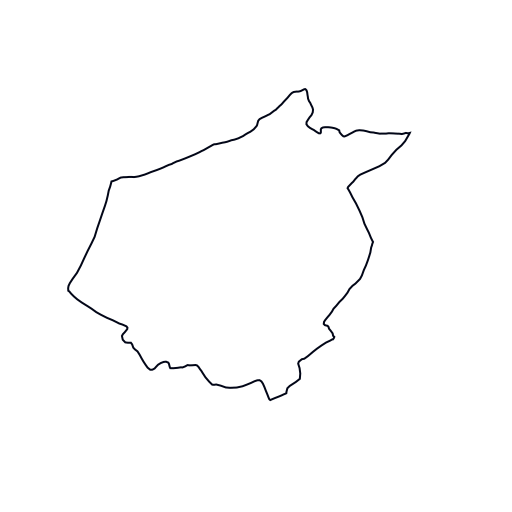 outline of Me Sang, Prey Vêng, Cambodia, rotated 249°
{"feature_id": "14789045B72609055314510", "entity_name": "Me Sang", "entity_type": "district", "adm_level": 2, "iso_a3": "KHM", "parent_name": "Cambodia", "parent_adm1": "Prey Vêng", "projection": "orthographic", "projection_center": [105.584, 11.344], "detail": "fine", "context": "isolated", "style": "outline", "palette": "ink", "viewbox_px": 512, "rotation_deg": 249, "n_neighbors": 0, "source": "geoboundaries", "source_scale": "gbopen_adm2", "svg_char_len": 4658}
<svg xmlns="http://www.w3.org/2000/svg" viewBox="0 0 512 512"><g transform="rotate(249 256 256)"><path d="M227.2,370.3L228.5,370.1L232.0,369.8L237.2,369.7L241.2,369.3L247.3,368.8L254.0,369.2L261.0,368.9L269.2,368.2L276.2,367.1L281.6,366.6L285.0,366.1L286.5,365.8L287.5,366.8L288.6,369.1L289.8,371.6L290.5,373.4L292.2,376.2L292.8,377.5L293.9,379.6L294.6,382.5L294.9,387.8L295.1,392.3L295.3,396.8L295.6,403.3L296.7,409.9L298.6,413.9L301.7,418.9L304.9,425.2L307.1,431.4L309.8,436.4L313.1,440.5L314.3,442.0L315.1,443.0L315.8,443.7L316.0,442.0L317.2,440.0L317.3,438.1L317.6,435.8L318.6,434.1L320.0,430.8L321.3,428.0L322.2,425.9L323.1,423.7L323.7,421.1L324.8,418.4L325.9,415.3L327.3,413.0L328.4,411.1L329.0,410.3L330.6,407.0L332.9,403.9L334.6,401.3L336.4,397.6L337.1,394.5L337.0,392.4L336.7,390.3L336.3,386.7L336.0,384.8L335.9,382.8L335.9,381.4L336.4,380.5L337.6,379.8L338.8,379.3L340.2,378.8L341.5,378.4L343.5,378.7L344.4,377.9L345.0,377.4L345.6,376.9L346.1,376.4L347.1,375.2L348.6,372.9L349.7,370.9L350.5,369.3L351.5,366.6L352.0,364.6L351.8,362.9L351.0,361.9L349.3,361.3L347.9,360.7L347.5,360.0L347.9,358.8L348.7,358.1L350.0,357.1L351.3,356.2L353.0,355.1L354.4,353.8L356.4,352.2L358.6,350.9L360.9,350.3L362.9,351.2L364.6,353.4L366.3,355.8L367.6,358.2L369.7,360.4L372.2,361.7L374.5,361.9L377.5,361.6L379.5,361.5L381.6,361.0L384.3,361.0L385.8,361.4L387.9,361.8L390.4,362.4L391.6,362.5L392.7,362.5L394.1,361.9L394.4,360.9L394.3,359.8L394.2,359.0L394.0,356.7L394.2,355.1L394.4,354.2L394.9,353.0L395.4,350.9L395.6,349.9L395.4,348.2L395.0,347.0L394.1,345.1L393.3,343.7L392.3,341.9L391.6,340.4L390.7,338.5L389.8,336.7L388.9,335.1L388.2,333.6L387.6,331.8L386.8,330.1L386.3,328.8L385.4,326.9L385.1,325.0L384.6,323.3L383.5,319.6L383.4,317.6L383.2,316.0L383.0,313.5L382.9,311.3L382.5,308.4L381.5,306.6L380.2,305.6L377.8,303.9L377.1,303.1L376.1,301.2L375.1,299.3L374.4,296.7L374.0,295.1L373.8,293.0L373.5,291.0L373.2,289.4L372.6,286.9L372.4,284.0L372.2,281.8L372.3,279.0L372.4,277.4L372.9,274.4L372.9,272.6L373.0,270.0L373.3,267.7L373.8,265.3L374.1,262.9L374.4,260.8L374.7,258.8L375.3,256.9L375.2,255.3L374.9,253.6L374.5,250.8L374.0,247.6L373.6,245.0L373.5,242.8L373.2,240.7L373.0,238.2L372.8,235.6L372.7,232.3L372.6,229.2L372.5,224.8L372.5,221.5L372.5,218.4L372.7,215.8L372.5,213.5L372.4,211.9L372.1,210.3L372.3,207.4L372.2,205.4L372.1,203.6L371.9,201.4L371.8,197.7L371.8,194.2L371.9,191.0L372.0,188.0L371.9,184.5L371.9,181.1L372.0,180.1L372.2,177.4L372.4,175.1L372.9,172.5L373.4,170.4L374.4,168.2L375.3,165.9L376.0,163.4L377.0,160.7L377.7,157.8L377.5,155.8L377.2,153.7L377.2,151.7L377.2,149.7L377.4,147.8L375.5,146.5L372.9,144.6L369.9,142.0L365.6,139.3L360.8,136.0L356.9,132.9L351.0,127.9L345.1,123.0L338.9,117.8L331.7,112.2L326.6,106.8L321.2,100.8L315.3,94.6L309.9,89.1L304.4,82.8L300.5,76.8L297.4,72.5L295.3,70.3L293.3,69.1L290.8,68.3L289.8,69.0L287.1,69.9L283.5,71.5L279.6,73.6L275.1,76.6L270.7,79.9L269.8,80.6L265.7,83.6L260.9,86.7L256.9,90.0L251.7,94.7L247.4,99.2L243.7,102.6L242.0,104.1L239.9,106.7L236.8,109.8L235.2,110.3L233.9,109.6L231.9,106.2L230.7,103.7L229.4,102.2L225.6,101.6L222.2,103.0L221.0,105.2L219.9,108.1L217.8,108.7L214.4,108.6L212.2,109.5L209.4,111.2L205.4,112.0L201.5,112.5L197.8,113.1L194.1,113.9L190.6,114.8L187.7,116.5L187.0,118.5L187.3,121.0L188.4,123.1L189.6,125.6L190.2,128.8L190.2,131.8L189.6,134.1L187.9,135.9L186.6,136.1L183.4,135.7L182.0,135.8L180.8,138.8L179.7,142.7L179.0,146.0L178.3,147.4L178.3,150.1L178.7,153.0L177.7,154.8L176.8,157.4L175.9,160.5L175.0,161.7L173.0,162.6L170.3,163.2L168.4,163.8L166.2,164.2L161.0,165.3L155.6,167.2L151.6,169.0L150.8,170.6L150.3,172.8L147.6,176.6L144.1,180.7L142.2,184.6L140.1,190.9L139.2,196.8L139.2,201.1L139.3,205.9L139.6,209.7L139.5,212.6L138.8,214.8L137.0,216.1L134.4,216.7L130.7,216.9L126.6,216.9L122.7,217.0L119.3,217.0L117.5,217.1L116.4,217.7L116.5,219.7L116.6,222.9L116.6,226.8L116.7,230.0L116.9,232.3L116.9,233.6L117.0,235.1L118.5,235.9L121.3,237.9L122.6,240.9L124.1,248.0L125.6,252.9L130.4,255.2L135.7,256.5L140.4,256.8L142.0,258.1L143.2,261.8L142.8,264.3L143.9,268.5L146.2,275.1L147.6,279.6L149.0,285.1L150.1,290.4L150.4,294.6L150.8,297.3L150.6,298.0L151.4,299.2L152.4,300.1L153.9,299.4L156.3,299.8L159.6,298.9L162.0,298.1L163.7,298.3L165.2,297.8L165.6,297.1L166.8,295.5L168.3,294.9L170.1,295.9L171.3,297.5L172.7,299.9L173.6,301.5L174.6,303.4L176.9,307.0L179.0,309.5L180.8,313.2L183.2,317.4L185.0,321.6L186.7,324.6L189.0,328.3L191.7,331.5L192.4,333.0L193.6,335.4L194.6,338.9L197.3,344.9L199.9,347.9L204.3,351.7L207.7,355.2L211.9,358.9L215.1,361.5L218.3,364.0L221.2,365.7L222.7,366.6L224.3,368.0L225.5,368.8L226.3,369.5L227.2,370.3Z" fill="none" stroke="#020617" stroke-width="2"/></g></svg>